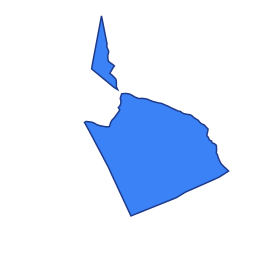 outline of Joaquim Gomes, Alagoas, Brazil, rotated 227°
{"feature_id": "56859067B41171475234943", "entity_name": "Joaquim Gomes", "entity_type": "district", "adm_level": 2, "iso_a3": "BRA", "parent_name": "Brazil", "parent_adm1": "Alagoas", "projection": "albers", "projection_center": [-35.737, -9.072], "detail": "fine", "context": "isolated", "style": "filled", "palette": "blue", "viewbox_px": 256, "rotation_deg": 227, "n_neighbors": 0, "source": "geoboundaries", "source_scale": "gbopen_adm2", "svg_char_len": 1578}
<svg xmlns="http://www.w3.org/2000/svg" viewBox="0 0 256 256"><g transform="rotate(227 128 128)"><path d="M61.7,70.2L44.0,116.1L42.0,126.1L31.5,156.4L30.8,158.5L29.8,161.7L27.9,172.2L30.7,172.1L34.2,171.8L38.0,171.7L39.9,172.1L42.5,172.9L45.5,174.1L47.5,175.2L49.5,175.5L51.3,177.6L53.6,179.6L55.2,180.8L57.6,180.5L59.8,179.4L61.6,180.2L63.8,179.3L66.5,180.4L68.7,180.4L70.9,183.6L72.6,185.8L75.6,185.8L78.5,185.8L80.8,184.6L83.4,184.4L85.7,184.6L88.0,184.0L91.0,183.2L93.3,183.1L95.3,182.5L98.0,180.3L100.5,178.6L102.3,177.9L104.2,177.7L106.3,176.2L109.1,175.1L111.7,174.0L114.4,172.9L116.9,172.1L118.8,171.2L121.0,170.2L123.1,169.3L125.7,167.3L128.1,165.8L130.6,164.2L133.4,162.9L135.9,161.8L138.0,160.3L140.4,158.2L142.2,155.9L144.1,155.1L145.8,154.2L148.8,153.4L151.6,152.4L153.7,150.9L155.2,149.5L157.3,146.7L156.0,144.3L154.9,142.5L152.6,141.2L150.9,139.6L149.8,137.4L149.5,134.8L146.8,134.3L146.0,131.0L145.4,127.8L144.8,124.7L144.7,121.8L143.9,119.1L141.6,115.4L143.6,113.0L145.7,111.3L147.7,109.9L149.3,108.8L151.7,107.5L154.7,106.6L157.1,105.4L159.4,103.5L161.3,101.9L161.8,100.0L152.6,97.7L144.7,95.6L136.3,93.3L125.1,90.3L121.6,89.3L112.6,86.9L106.5,84.8L61.7,70.2ZM228.1,185.1L212.2,163.5L198.9,145.4L196.0,141.7L173.1,144.7L167.5,145.4L163.1,146.6L166.2,147.7L168.6,150.0L170.3,151.5L172.2,152.5L175.5,152.5L178.5,152.3L180.4,151.9L181.2,154.7L182.1,157.6L182.7,160.4L184.8,160.2L187.6,159.5L190.4,159.2L192.8,160.9L195.1,162.9L196.1,164.8L197.5,166.3L199.9,167.1L201.8,167.8L203.8,170.0L228.1,185.1Z" fill="#3b82f6" stroke="#1e3a8a" stroke-width="1.5"/></g></svg>